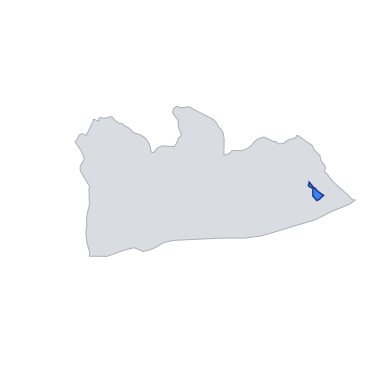 Gwelekpoken, Maryland, Liberia shown in context, rotated 315°
{"feature_id": "62588387B88590052314441", "entity_name": "Gwelekpoken", "entity_type": "district", "adm_level": 2, "iso_a3": "LBR", "parent_name": "Liberia", "parent_adm1": "Maryland", "projection": "albers", "projection_center": [-7.93, 4.962], "detail": "fine", "context": "in_parent", "style": "filled", "palette": "blue", "viewbox_px": 384, "rotation_deg": 315, "n_neighbors": 0, "source": "geoboundaries", "source_scale": "gbopen_adm2", "svg_char_len": 3376}
<svg xmlns="http://www.w3.org/2000/svg" viewBox="0 0 384 384"><g transform="rotate(315 192 192)"><path d="M74.0,164.8L77.1,162.2L81.6,153.9L87.9,146.0L93.8,141.3L98.4,136.5L103.3,132.8L110.4,128.5L121.1,117.1L123.6,115.8L125.4,107.8L128.1,97.8L131.2,94.7L138.5,92.8L140.2,91.1L142.8,84.0L144.5,75.7L144.7,73.9L147.5,73.7L152.5,72.0L155.3,72.8L156.5,75.2L157.2,77.2L172.1,72.1L173.4,71.0L174.2,71.2L176.0,75.8L177.1,75.6L178.0,74.2L179.0,74.1L180.2,74.7L181.3,76.9L183.2,78.8L186.4,80.2L188.5,82.1L188.2,87.1L189.0,91.9L190.4,93.0L191.1,95.9L191.5,99.1L192.3,100.7L192.8,103.9L192.5,107.4L193.1,109.8L195.5,113.9L196.9,119.2L196.9,122.9L196.1,126.8L194.5,130.4L191.7,134.3L191.5,135.8L193.1,136.8L195.6,137.0L197.7,136.2L203.0,138.0L205.7,140.6L208.1,143.8L210.3,145.4L211.3,147.4L215.0,146.8L219.4,144.9L220.3,144.0L221.6,144.5L224.4,144.7L226.3,141.2L227.9,137.3L231.3,132.9L233.0,131.3L233.4,128.5L233.6,124.9L234.8,121.8L237.6,120.1L240.6,120.2L242.2,120.8L243.1,123.8L245.5,126.1L247.5,127.7L248.6,128.3L250.4,130.1L252.0,136.1L258.4,155.6L258.1,161.0L256.8,164.5L256.8,168.0L256.3,171.4L252.4,177.0L240.8,188.3L241.7,189.3L244.4,190.6L247.3,191.3L249.6,191.0L252.5,193.8L255.6,197.4L258.9,199.3L263.7,200.9L267.9,201.1L271.5,200.5L276.5,201.2L281.8,204.1L283.7,209.0L285.0,213.3L286.9,215.5L287.1,219.1L290.9,222.4L296.4,223.0L303.4,226.8L305.2,226.6L305.9,226.2L306.8,226.9L308.6,237.8L310.0,243.7L309.2,246.0L308.3,247.9L308.2,256.7L305.1,261.8L304.5,267.4L303.6,269.2L300.2,270.8L300.2,275.1L299.3,280.3L299.0,285.8L299.9,300.2L300.1,311.0L301.6,313.0L295.0,312.1L275.5,303.9L260.5,299.2L210.2,272.3L196.3,261.5L180.2,245.4L144.6,213.0L136.4,207.8L126.2,205.2L119.8,202.4L115.3,199.4L111.7,190.5L102.8,185.1L86.4,177.4L74.0,164.8Z" fill="#d9dde1" stroke="#a8b0b8" stroke-width="1"/><path d="M275.7,286.9L276.0,287.0L276.3,287.1L276.6,287.1L276.9,287.1L277.1,287.2L277.3,287.2L277.7,287.2L277.8,287.2L278.0,287.2L278.6,287.2L278.9,287.2L279.2,287.2L279.5,287.2L279.9,287.2L280.5,287.2L280.9,287.3L281.3,287.4L281.5,287.4L282.0,287.4L282.4,287.5L282.6,287.5L282.6,287.3L282.7,287.0L282.7,286.7L282.6,286.4L282.4,286.2L282.2,285.9L282.2,285.7L282.1,285.4L282.1,285.1L282.1,284.9L282.1,284.7L282.0,284.4L281.9,284.2L282.0,283.8L282.0,283.6L281.9,283.2L281.7,282.1L281.6,281.5L281.4,281.0L281.4,280.2L281.5,279.7L281.5,279.3L281.5,279.2L281.4,278.7L281.2,278.4L281.4,278.0L281.5,278.0L281.6,277.3L281.8,276.7L281.7,276.5L281.6,276.1L281.5,275.7L281.5,275.4L281.3,275.0L281.2,274.9L281.1,274.3L281.2,273.5L281.3,273.0L281.4,272.5L281.4,272.2L281.5,271.8L281.6,271.5L281.6,270.7L281.7,269.5L281.8,268.9L281.9,268.6L281.8,268.0L281.8,267.9L281.7,268.0L281.2,268.4L280.7,268.7L280.1,268.9L280.0,269.0L279.6,269.2L279.5,269.3L279.3,269.4L278.9,269.6L278.8,269.8L278.7,270.0L278.7,270.4L278.8,270.6L278.9,270.8L278.9,271.0L278.9,271.5L279.1,272.0L279.2,272.7L279.5,273.6L279.6,273.8L279.7,274.2L279.9,275.0L279.9,275.3L279.5,275.6L279.1,276.0L278.3,276.6L277.7,277.2L277.3,277.6L277.1,277.8L276.9,277.9L276.9,278.0L276.6,278.3L276.5,278.6L276.1,279.0L275.7,279.4L275.3,279.7L274.8,280.1L274.6,280.5L274.5,280.9L274.5,281.4L274.5,281.7L274.5,282.4L274.5,282.7L274.4,283.3L274.4,284.3L274.3,284.9L274.3,285.4L274.2,286.0L274.2,286.3L274.5,286.4L274.7,286.5L274.9,286.5L275.2,286.6L275.4,286.7L275.6,286.8L275.7,286.9Z" fill="#3b82f6" stroke="#1e3a8a" stroke-width="1.5"/></g></svg>